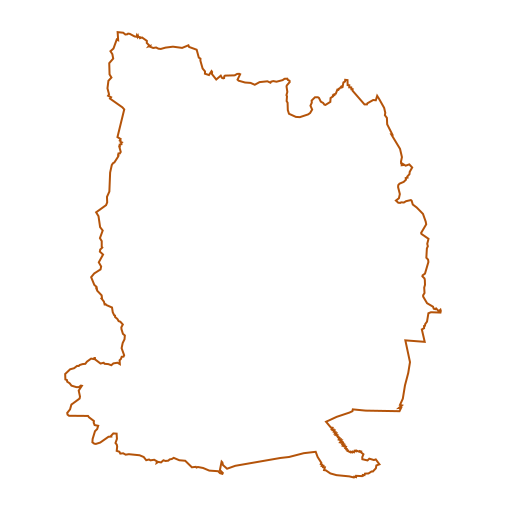 outline of Alfajayucan, Hidalgo, Mexico, rotated 92°
{"feature_id": "50627088B1030892779314", "entity_name": "Alfajayucan", "entity_type": "district", "adm_level": 2, "iso_a3": "MEX", "parent_name": "Mexico", "parent_adm1": "Hidalgo", "projection": "mercator", "projection_center": [-99.403, 20.41], "detail": "fine", "context": "isolated", "style": "outline", "palette": "amber", "viewbox_px": 512, "rotation_deg": 92, "n_neighbors": 0, "source": "geoboundaries", "source_scale": "gbopen_adm2", "svg_char_len": 6001}
<svg xmlns="http://www.w3.org/2000/svg" viewBox="0 0 512 512"><g transform="rotate(92 256 256)"><path d="M459.9,125.4L455.1,129.2L455.8,131.0L454.6,135.7L456.4,137.4L455.4,142.6L453.3,142.8L450.4,141.7L448.4,144.4L447.7,144.1L447.3,145.7L448.0,146.1L446.9,149.0L447.7,149.2L447.2,150.7L448.7,151.2L448.1,152.7L448.9,153.0L448.3,154.5L448.9,154.7L447.6,157.7L447.0,157.4L446.3,158.9L445.6,158.6L445.0,160.1L443.5,159.4L443.2,161.1L442.4,160.8L442.6,162.4L441.1,161.7L441.2,163.2L439.7,162.6L439.6,164.2L438.9,163.7L439.0,165.3L437.1,164.0L436.9,165.7L436.2,165.3L436.3,166.8L434.9,166.2L434.4,167.7L433.6,167.4L432.9,168.8L432.1,168.5L432.0,170.2L430.5,169.5L430.7,171.0L429.3,170.4L429.0,172.1L427.5,171.4L427.4,173.1L426.7,172.7L426.5,174.3L425.0,173.6L424.8,175.2L419.2,180.2L413.9,169.7L409.2,157.1L407.7,154.2L405.9,153.9L406.7,141.1L406.1,107.2L402.7,105.7L402.9,107.9L400.2,105.0L399.8,106.9L393.5,104.3L380.1,102.6L367.7,99.8L356.7,98.4L335.1,103.8L335.9,84.4L323.6,87.7L322.3,85.5L320.1,85.6L319.8,84.7L318.1,84.5L315.6,82.8L307.2,81.7L306.1,79.2L306.1,69.7L304.4,69.4L303.2,69.8L304.8,71.4L302.1,74.2L302.9,74.9L302.5,76.5L300.5,77.3L297.2,83.4L290.8,87.5L289.4,87.6L287.1,86.3L281.7,86.8L278.9,86.1L274.3,86.4L272.6,86.8L270.5,89.0L269.5,88.8L267.7,86.5L256.0,83.5L253.6,83.9L251.8,85.7L242.5,85.5L240.2,84.6L237.9,85.3L232.8,84.2L228.2,91.4L227.2,91.8L218.4,87.0L215.7,87.6L208.1,90.6L201.9,97.1L199.1,101.1L195.3,102.4L194.7,103.2L196.0,108.0L197.4,110.1L197.3,112.8L197.9,113.7L197.8,115.7L195.7,118.1L193.3,115.2L189.1,114.4L182.2,116.4L180.2,116.3L178.7,115.1L176.8,111.0L174.5,108.8L172.9,109.1L172.4,107.3L171.3,107.6L168.9,105.5L166.5,105.3L162.1,103.0L159.1,106.0L160.5,109.6L159.3,111.7L159.9,111.5L160.2,113.5L158.7,113.3L158.5,114.2L156.6,114.4L152.1,113.6L143.9,115.8L129.8,125.0L129.8,124.0L119.8,129.5L113.4,130.0L110.8,132.1L108.4,131.8L103.5,133.1L94.8,138.4L91.7,140.5L96.2,141.7L96.0,144.3L99.5,150.0L100.6,150.4L100.7,152.9L87.4,165.3L85.9,165.3L86.0,166.5L84.2,166.7L84.2,168.7L82.1,168.7L82.0,170.4L77.0,170.7L76.8,173.0L78.5,173.1L79.5,174.7L84.2,175.4L84.6,176.3L83.8,176.8L85.9,178.5L86.0,179.2L87.1,179.5L86.9,180.5L91.0,181.9L91.9,183.9L92.5,183.5L92.9,184.7L93.7,184.5L95.5,187.0L99.4,187.1L102.6,191.9L102.3,193.0L100.7,194.2L99.5,196.6L95.8,198.6L95.2,199.7L95.3,202.6L98.7,205.8L100.8,205.6L103.9,206.8L107.7,205.0L111.2,206.9L112.7,208.9L115.7,217.0L115.6,221.0L112.7,228.0L109.1,229.3L101.7,229.8L100.1,230.8L95.3,230.6L94.2,231.2L90.9,230.4L85.6,231.4L84.5,231.2L81.0,228.4L79.7,228.6L78.9,230.3L77.7,230.9L77.9,233.7L79.3,235.5L81.1,241.6L80.6,244.8L81.2,246.9L82.3,247.6L81.0,250.7L82.1,258.5L84.9,263.2L83.2,267.5L83.0,273.0L81.4,279.5L80.4,280.6L74.9,278.2L74.5,279.1L74.7,281.2L76.2,283.6L76.8,293.2L77.5,294.0L79.3,294.1L79.6,294.9L79.2,296.2L77.0,297.5L81.0,301.9L75.7,306.4L73.6,306.3L72.8,306.9L76.8,309.3L75.6,313.4L73.3,313.4L70.5,315.9L62.7,318.4L60.7,318.4L59.7,320.1L51.9,322.5L49.4,330.2L47.8,330.9L50.6,337.1L49.7,346.3L50.9,353.7L52.4,358.4L52.2,360.8L51.1,363.1L51.7,366.0L50.5,369.3L49.7,369.0L50.3,370.7L49.3,370.0L46.9,372.6L44.8,372.6L41.6,377.5L42.3,379.5L41.3,379.7L41.2,381.2L40.1,381.6L41.3,382.0L40.1,382.7L41.1,382.8L40.8,385.0L38.4,389.9L38.2,391.6L38.9,392.4L39.2,394.3L37.5,396.5L37.1,402.1L45.1,401.3L44.4,402.7L53.7,405.7L56.4,408.6L59.3,406.6L63.7,405.6L68.4,409.4L79.6,408.7L82.7,406.7L86.0,409.6L93.6,410.3L99.6,408.5L101.0,409.4L102.4,406.4L103.8,407.4L112.1,394.7L114.1,392.8L142.0,398.6L143.8,395.4L145.3,396.1L145.5,395.4L146.7,395.4L147.2,394.0L147.9,394.6L149.0,394.4L149.4,396.1L151.2,395.9L151.3,396.5L156.7,394.8L158.3,395.7L158.3,397.0L160.0,397.4L160.6,396.9L161.9,397.5L167.4,400.8L168.3,402.2L170.1,403.3L177.7,404.7L196.7,404.8L202.1,407.0L207.6,406.6L210.4,407.6L217.9,417.3L221.7,414.8L232.6,412.8L235.9,410.1L243.6,412.6L246.5,410.7L252.1,410.5L252.9,409.9L255.0,411.9L257.1,412.2L259.9,408.9L267.8,412.9L271.9,410.4L274.8,410.9L279.1,417.1L282.9,420.0L290.5,416.6L292.4,414.3L294.1,413.9L294.1,414.4L296.3,413.4L300.7,408.9L303.7,408.4L303.9,408.9L306.9,406.4L309.7,405.6L309.4,404.6L310.2,403.9L312.5,398.1L317.2,397.2L320.1,395.7L320.5,394.8L321.9,394.7L323.7,392.4L325.9,391.0L326.4,389.3L329.1,386.7L332.0,388.1L333.8,387.9L338.4,386.3L340.0,384.3L343.8,384.5L347.6,386.2L352.8,387.1L359.8,384.3L361.2,384.9L361.4,386.7L363.6,387.4L365.0,388.7L368.8,388.3L367.5,390.7L368.3,394.8L370.2,396.8L369.2,399.8L369.0,403.6L368.0,404.5L368.9,407.6L364.9,413.3L363.6,413.4L363.6,414.0L364.7,414.3L364.3,417.2L367.5,421.3L369.7,422.8L370.1,425.6L371.1,428.4L372.1,429.3L372.1,431.0L374.5,433.9L375.7,437.8L380.6,442.6L386.0,442.2L386.6,440.6L388.2,440.3L389.7,437.8L392.0,435.9L393.3,431.0L393.2,428.4L391.6,426.5L391.8,425.5L396.7,428.5L402.6,427.0L404.6,427.3L410.9,435.3L415.8,436.5L419.4,439.2L421.1,438.8L422.2,437.3L421.7,418.3L423.0,417.3L426.6,412.2L428.3,412.4L430.6,411.4L431.2,407.8L434.5,408.7L436.7,410.8L444.6,412.9L447.9,413.0L449.2,411.1L449.4,409.5L447.9,405.2L441.8,397.1L441.5,394.3L440.7,394.5L438.3,392.4L438.4,389.1L443.6,388.6L447.8,389.9L449.3,388.6L451.2,388.1L455.6,388.4L456.4,385.7L458.2,384.7L457.8,381.9L459.1,379.3L458.5,376.2L459.2,365.4L460.8,361.2L463.9,358.6L463.1,355.8L463.9,354.4L463.2,350.6L464.7,347.8L466.3,348.1L465.2,346.5L465.6,343.7L463.4,341.4L464.0,339.3L463.6,336.5L462.3,335.2L461.8,333.0L460.6,331.2L462.8,325.5L463.1,319.6L469.4,312.7L468.8,308.8L469.5,308.1L468.9,306.7L469.7,301.5L472.1,295.2L472.4,286.4L474.3,284.4L474.9,282.0L474.0,281.6L471.2,284.6L462.7,283.2L463.5,282.4L466.1,281.7L469.6,277.5L466.4,269.4L457.0,224.6L455.7,215.9L451.4,201.4L449.6,189.5L454.7,187.4L460.4,183.5L461.7,184.0L462.2,182.6L463.5,183.0L463.4,181.3L464.7,181.6L464.8,179.8L467.6,180.5L467.8,178.7L470.7,174.1L472.2,167.9L473.0,155.0L473.9,150.5L473.1,150.2L473.5,148.3L472.2,148.3L472.3,141.7L472.9,141.6L471.1,141.6L471.2,139.9L469.7,139.5L469.4,136.0L467.3,133.0L467.3,131.7L464.0,128.8L461.1,128.4L459.9,125.4Z" fill="none" stroke="#b45309" stroke-width="2"/></g></svg>